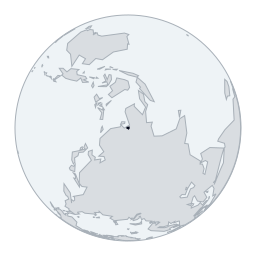 globe centered on Bắc Giang, rotated 189°
{"feature_id": "VNM-470", "entity_name": "Bắc Giang", "entity_type": "Province", "adm_level": 1, "iso_a3": "VNM", "parent_name": "Vietnam", "parent_adm1": "", "projection": "orthographic", "projection_center": [106.489, 21.384], "detail": "fine", "context": "on_globe", "style": "filled", "palette": "ink", "viewbox_px": 256, "rotation_deg": 189, "n_neighbors": 0, "source": "natural_earth", "source_scale": "10m", "svg_char_len": 10750}
<svg xmlns="http://www.w3.org/2000/svg" viewBox="0 0 256 256"><g transform="rotate(189 128 128)"><circle cx="128" cy="128" r="113" fill="#eef3f6" stroke="#a8b0b8"/><path d="M231.8,168.2L231.6,168.9L231.5,169.1L231.8,168.2ZM182.9,29.6L179.8,28.3L180.6,30.7L184.5,33.6L180.8,31.6L190.7,39.0L193.5,43.2L188.1,37.3L185.8,35.8L186.5,37.8L184.3,36.8L183.4,37.4L180.7,36.1L177.7,33.1L175.9,32.3L176.6,33.8L174.3,33.8L173.6,31.6L169.5,31.4L163.7,27.0L164.1,23.4L158.7,21.2L153.1,18.3L151.3,18.0L148.1,17.2L144.8,16.7L144.7,16.6L142.2,16.3L143.0,16.5L142.1,16.5L140.3,16.3L139.8,16.1L140.7,16.1L139.6,16.0L140.1,16.0L138.8,15.9L138.6,15.9L147.8,17.1L157.0,19.1L165.9,21.9L174.5,25.4L182.9,29.6ZM137.7,15.8L136.1,15.7L133.5,15.5L137.7,15.8ZM233.4,88.4L232.7,86.5L232.8,86.8L233.4,88.4ZM232.4,85.8L232.6,86.4L232.5,86.0L232.4,85.8ZM232.4,85.9L232.5,86.1L232.4,85.9ZM232.5,86.3L232.4,86.0L232.5,86.3ZM232.3,86.2L232.2,86.1L232.0,85.6L232.3,86.2ZM186.2,31.6L185.4,31.1L184.1,30.3L184.9,30.8L186.2,31.6ZM187.9,36.2L187.2,35.1L188.6,36.5L187.9,36.2ZM183.8,37.7L184.7,38.4L183.8,38.4L183.8,37.7ZM178.9,36.5L177.3,36.5L178.4,36.0L178.9,36.5ZM176.0,36.1L172.0,36.5L173.7,37.9L166.8,34.3L172.4,35.0L173.6,34.1L174.2,35.3L176.0,36.1ZM144.0,16.7L143.1,16.4L145.6,16.9L144.0,16.7ZM145.8,17.0L154.4,18.8L154.7,19.3L151.8,18.5L153.6,19.5L149.5,18.7L147.6,18.0L148.2,17.8L146.2,17.8L145.8,17.0ZM163.6,32.4L162.2,32.2L163.1,31.9L163.6,32.4ZM142.0,16.6L143.7,16.8L144.1,17.2L140.7,16.8L141.7,16.8L142.0,16.6ZM156.1,20.2L155.8,20.5L152.4,20.0L151.8,20.1L149.4,18.8L156.1,20.2ZM140.7,16.6L139.0,16.6L137.2,16.3L140.3,16.4L140.7,16.6ZM145.6,17.5L144.5,17.4L145.6,17.5ZM129.6,15.7L131.6,15.7L132.0,15.9L129.6,15.7ZM138.6,16.7L139.2,16.8L139.6,16.9L138.2,16.9L138.6,16.7ZM147.2,18.6L145.9,18.4L148.0,19.1L145.6,18.9L144.4,18.1L143.9,18.3L143.2,18.3L143.0,17.8L147.2,18.6ZM137.9,17.4L135.6,16.6L131.7,16.3L131.2,16.1L137.5,16.6L137.9,17.4ZM140.9,17.6L138.9,17.4L139.4,17.1L141.0,17.1L140.9,17.6ZM144.3,19.1L148.4,19.6L148.5,19.8L144.3,19.1ZM136.7,17.3L137.2,17.5L136.3,17.3L136.7,17.3ZM141.9,18.5L143.3,18.6L143.4,18.8L141.9,18.5ZM137.2,17.9L136.5,17.6L137.6,17.6L137.2,17.9ZM139.3,18.2L139.1,18.5L138.4,17.7L139.9,18.2L139.3,18.2ZM141.7,18.7L142.3,18.8L141.1,18.6L141.7,18.7ZM133.5,18.4L132.4,17.5L134.8,17.3L135.6,18.2L133.5,18.4ZM40.2,57.4L39.1,60.4L38.3,61.9L34.9,66.0L30.8,76.7L33.7,74.2L33.6,81.8L35.8,84.5L42.9,76.5L39.3,71.8L42.3,66.7L48.0,66.7L51.6,71.5L52.9,69.7L53.6,63.5L57.4,61.7L54.2,61.2L53.2,63.5L51.2,63.4L51.9,61.4L53.2,60.7L53.0,58.8L46.6,62.9L45.0,65.7L42.5,63.6L39.6,68.2L37.8,69.2L42.1,61.8L44.0,59.8L49.5,51.2L47.3,53.0L42.0,61.4L42.3,60.2L39.2,63.2L41.8,59.9L48.2,50.8L48.0,49.4L43.3,53.7L52.3,44.6L50.9,46.0L53.5,43.9L58.6,39.5L57.3,40.8L59.0,39.5L58.3,40.6L61.8,39.1L61.8,40.1L67.4,36.8L68.2,37.1L64.6,38.8L62.1,40.8L62.6,44.0L63.9,43.8L67.6,41.6L67.2,43.0L70.7,40.4L73.1,41.6L73.1,38.2L77.4,36.0L81.2,35.5L82.6,34.3L76.4,35.2L74.0,36.2L71.9,37.9L65.2,40.7L64.1,40.3L71.1,35.4L70.3,34.5L76.1,31.6L89.2,30.2L92.4,31.4L88.7,37.7L85.5,38.4L85.2,36.4L81.5,40.2L83.7,38.9L83.4,40.2L87.5,38.9L87.5,39.8L91.3,37.2L91.8,38.1L89.3,39.8L95.7,39.1L97.7,41.0L99.2,40.5L100.1,39.4L102.1,42.8L103.1,42.2L102.8,40.9L104.6,39.1L108.4,37.3L108.9,38.6L107.6,39.4L105.5,43.2L101.9,45.4L102.5,45.8L105.8,44.2L108.3,39.5L110.5,38.1L109.7,40.2L110.2,39.3L111.4,39.0L113.1,40.0L114.1,37.8L127.1,34.3L131.7,36.2L129.6,38.3L139.2,38.3L143.5,41.2L143.3,39.9L147.7,39.4L146.4,38.5L146.6,37.8L157.3,37.1L160.2,38.2L164.5,37.0L164.4,36.4L162.5,35.5L166.8,34.3L173.7,37.9L173.6,39.0L178.0,40.8L177.3,43.3L178.7,46.4L175.4,48.5L176.9,51.1L178.4,51.5L181.5,55.6L182.5,63.0L174.9,54.9L172.0,45.0L172.6,48.6L170.4,47.3L169.4,48.4L170.0,51.3L171.3,51.9L161.8,55.2L159.2,63.2L164.3,63.0L167.5,65.7L168.9,76.3L159.1,90.4L163.2,95.5L163.4,98.7L159.8,100.6L159.4,95.8L155.7,94.0L156.0,91.2L150.0,93.1L150.2,89.2L145.5,92.9L147.2,96.1L152.5,95.6L148.2,100.8L153.5,106.6L154.0,113.3L145.0,124.7L135.9,127.9L135.3,130.0L131.7,127.3L126.9,131.2L133.4,143.5L133.2,147.0L125.4,152.9L125.3,150.4L115.8,143.4L113.9,151.4L121.1,158.7L123.6,166.7L118.0,163.8L115.5,156.7L112.2,154.1L113.2,147.1L110.5,136.2L104.9,137.6L105.5,133.4L101.0,124.0L93.0,125.6L80.2,134.7L78.3,145.3L74.0,149.1L69.1,132.2L69.6,121.6L66.1,121.7L62.5,111.3L51.3,106.7L51.2,103.6L48.8,104.0L46.5,99.8L46.9,95.0L44.8,94.2L44.0,107.0L46.5,108.0L50.6,105.0L49.7,109.2L52.2,114.2L44.1,121.5L30.1,123.2L31.2,115.1L33.5,90.0L34.9,87.9L35.0,87.7L35.2,87.2L32.8,90.2L34.1,85.6L30.1,102.0L28.3,108.5L29.8,123.6L29.1,124.4L30.3,128.0L37.3,129.0L36.8,131.5L32.0,141.5L24.4,152.4L26.9,164.0L28.8,172.9L27.4,175.6L30.8,183.1L30.5,183.8L32.7,187.7L34.2,190.4L30.1,183.7L26.4,176.7L23.2,169.4L20.6,162.0L18.5,154.3L16.9,146.6L15.9,138.7L15.4,130.8L15.5,122.9L16.1,115.0L17.3,107.2L19.0,99.5L21.3,91.9L24.1,84.5L27.4,77.3L31.2,70.4L35.5,63.7L40.2,57.4ZM52.9,81.6L56.8,84.5L59.5,77.8L61.2,78.5L61.5,76.1L59.7,77.3L61.0,71.1L64.3,70.7L66.1,68.2L64.9,67.2L58.7,69.0L56.7,77.7L53.9,79.4L52.9,81.6ZM69.2,32.4L67.5,33.6L65.6,34.6L65.7,34.2L68.4,32.6L69.2,32.4ZM65.5,35.1L72.5,30.9L72.7,31.3L71.4,31.7L70.9,32.4L68.6,33.4L62.1,38.2L60.0,39.5L61.2,37.5L62.0,37.3L63.6,36.0L65.5,35.1ZM89.8,22.4L92.8,21.4L89.4,23.4L87.0,24.2L86.9,23.6L89.7,22.4L89.8,22.4ZM128.8,15.4L131.6,15.5L137.9,15.9L137.9,16.1L136.2,16.2L134.7,16.1L135.2,15.9L132.8,15.9L132.4,15.7L130.5,15.7L123.4,15.5L124.6,15.4L124.0,15.4L128.8,15.4ZM113.4,16.3L113.1,16.5L115.3,16.1L115.9,16.2L113.9,16.4L117.2,16.1L117.1,16.3L120.7,16.5L125.6,16.3L127.1,16.6L125.1,16.7L127.9,16.9L125.2,17.4L126.2,17.7L124.4,18.6L120.1,19.0L121.5,19.3L120.3,20.2L116.7,20.8L117.8,19.9L113.0,21.3L112.6,20.5L112.0,20.7L110.3,20.4L107.2,20.5L107.5,20.1L106.2,20.3L105.0,20.3L103.3,20.5L103.2,19.9L101.1,20.3L102.3,19.8L98.7,20.6L101.4,19.8L100.1,19.8L98.2,20.6L102.0,18.4L113.4,16.3ZM132.9,18.7L127.8,19.0L125.1,18.8L129.2,17.3L128.7,17.0L131.3,16.4L135.3,16.8L134.2,16.9L134.0,17.1L132.8,16.9L133.7,17.3L132.2,17.5L132.4,17.9L130.7,17.8L132.9,18.7ZM39.6,61.0L39.4,61.8L39.5,62.5L37.6,64.6L39.6,61.0ZM43.8,54.8L43.9,55.0L41.3,58.0L41.5,57.3L43.8,54.8ZM46.3,52.7L44.2,54.8L45.4,53.3L46.3,52.7ZM65.0,39.0L65.4,39.3L64.5,39.9L63.3,40.5L65.0,39.0ZM102.3,26.0L103.4,25.2L104.1,25.2L107.9,24.0L108.5,24.8L106.5,25.7L102.3,26.0ZM41.0,77.2L39.1,78.1L39.3,76.8L39.9,76.7L41.0,77.2ZM37.3,71.0L37.0,73.5L36.7,71.5L37.3,71.0ZM103.6,26.6L105.1,25.9L104.5,26.7L103.6,26.6ZM109.2,25.2L108.9,26.0L109.1,24.7L109.2,25.2ZM82.6,228.2L85.0,229.4L83.5,229.1L82.6,228.2ZM37.9,177.7L40.1,191.2L37.5,189.5L34.8,184.5L32.5,175.8L34.8,175.0L35.3,171.6L37.9,177.7ZM152.0,185.0L155.4,185.4L155.2,185.8L152.0,185.0ZM148.5,183.4L152.4,183.5L147.8,184.4L148.5,183.4ZM153.9,183.5L157.8,182.6L159.5,181.8L159.2,182.8L153.9,183.5ZM145.8,183.4L131.5,182.8L125.8,181.3L127.1,179.6L136.3,180.5L145.8,183.4ZM126.7,179.5L118.0,174.0L106.2,158.1L110.4,158.8L122.8,168.8L122.0,170.3L127.3,174.6L126.7,179.5ZM147.7,171.1L146.9,175.7L138.9,175.2L135.3,174.3L132.8,168.3L134.2,165.3L137.2,165.5L148.6,155.4L152.6,158.0L149.1,162.4L152.4,166.4L147.7,171.1ZM78.8,146.4L81.0,153.2L78.6,153.8L78.8,146.4ZM153.3,148.1L148.7,152.7L152.9,146.6L153.3,148.1ZM155.8,142.3L156.1,144.6L154.2,142.4L155.8,142.3ZM135.2,133.2L132.0,133.6L132.0,131.9L135.9,130.5L135.2,133.2ZM154.4,119.0L154.3,124.0L153.7,125.7L152.3,122.7L154.4,119.0ZM111.4,33.8L105.4,34.5L101.5,35.9L100.0,37.9L99.5,35.5L105.5,33.3L111.4,33.8ZM125.1,34.0L126.4,32.5L127.6,33.2L127.4,33.6L125.1,34.0ZM124.7,33.0L123.0,31.2L124.9,30.5L125.8,32.0L124.7,33.0ZM113.1,28.3L111.3,28.4L111.8,27.7L113.1,28.3ZM205.5,209.6L205.8,209.5L202.5,212.4L198.5,215.8L195.6,217.9L205.5,209.6ZM180.0,223.2L180.9,220.9L184.8,219.8L182.3,222.3L180.0,223.2ZM208.2,206.9L211.1,203.8L213.2,200.8L211.7,203.2L212.8,202.2L206.4,208.9L208.2,206.9ZM168.3,214.6L146.4,221.2L141.8,220.5L143.4,218.2L140.1,210.8L141.6,211.0L141.1,205.7L154.3,200.8L163.9,191.4L170.7,191.6L176.2,184.5L183.1,184.4L180.8,189.8L187.6,192.4L193.1,180.1L196.3,191.9L200.7,195.2L200.8,202.1L189.6,215.4L184.0,218.6L183.4,217.8L181.0,219.3L177.8,219.4L176.9,216.1L174.5,217.5L177.2,214.4L173.5,217.3L172.2,215.1L168.3,214.6ZM217.3,184.8L218.0,184.8L218.9,186.2L217.7,186.4L217.3,184.8ZM229.8,172.0L229.8,172.7L229.1,173.5L229.8,172.0ZM231.5,169.1L230.7,170.1L231.8,168.2L231.5,169.1ZM222.5,176.0L222.8,176.6L222.4,177.0L222.5,176.0ZM222.2,175.9L222.8,174.5L222.6,175.7L222.2,175.9ZM218.9,170.7L219.4,169.9L219.6,170.3L218.9,170.7ZM160.4,185.3L165.1,181.7L167.7,181.3L160.4,185.3ZM218.2,169.6L216.9,169.8L217.0,169.1L218.2,169.6ZM218.4,167.9L218.3,167.0L219.0,169.0L218.4,167.9ZM215.9,166.5L217.5,167.8L215.7,166.8L215.9,166.5ZM214.9,167.0L213.7,166.6L213.8,166.2L214.9,167.0ZM200.6,171.3L205.2,176.2L201.4,176.8L197.1,173.9L193.6,177.7L185.6,178.1L187.5,175.8L186.5,172.7L178.1,172.2L176.4,170.2L179.5,168.6L173.9,167.2L180.0,165.9L182.5,170.0L185.9,166.3L191.8,166.6L197.3,167.3L201.7,169.9L200.6,171.3ZM179.9,175.4L181.0,175.3L180.0,176.7L179.9,175.4ZM211.4,164.8L213.1,166.4L212.9,167.0L212.0,166.9L211.4,164.8ZM202.7,169.0L207.5,164.6L208.6,164.4L205.4,169.0L202.7,169.0ZM206.4,162.4L208.6,162.5L209.7,164.3L209.2,165.0L206.4,162.4ZM167.4,172.1L167.2,173.3L165.5,172.5L167.4,172.1ZM169.5,171.3L174.3,172.4L169.0,172.4L169.5,171.3ZM154.7,167.5L156.1,170.3L160.7,168.4L157.2,171.1L160.2,175.8L159.2,177.6L156.1,172.5L155.0,177.8L153.0,177.7L151.9,173.2L154.0,167.7L156.0,165.4L164.2,164.3L154.7,167.5ZM169.5,167.8L168.2,164.5L169.1,162.2L170.6,163.9L169.5,167.8ZM164.3,156.5L160.9,152.6L157.7,154.1L164.0,148.5L166.3,153.2L164.3,156.5ZM161.3,147.8L158.4,149.2L161.4,146.0L161.3,147.8ZM157.6,147.9L157.3,145.1L159.6,145.5L157.6,147.9ZM162.8,147.9L163.3,143.2L164.5,145.9L162.8,147.9ZM156.2,138.9L161.2,143.4L154.7,141.5L154.3,132.5L157.0,132.2L156.2,138.9ZM170.3,102.3L169.5,99.7L172.0,99.1L171.8,101.0L170.3,102.3ZM179.2,95.6L172.4,98.1L166.8,100.5L168.6,101.7L167.6,106.0L164.7,102.0L168.4,97.2L172.7,96.2L173.1,92.7L176.1,90.2L175.1,85.8L176.3,83.9L178.6,87.7L179.2,95.6ZM174.5,84.0L173.8,76.5L178.5,77.5L179.7,79.3L178.0,82.3L175.6,81.6L174.5,84.0ZM175.0,75.1L172.7,74.4L166.8,64.0L166.7,62.1L173.7,70.1L171.9,69.9L172.5,72.5L175.0,75.1ZM162.7,32.8L162.2,32.2L163.5,32.8L162.7,32.8ZM145.7,37.3L146.2,36.5L147.6,37.0L145.7,37.3ZM148.3,34.8L146.4,34.7L148.2,34.2L148.3,34.8ZM142.1,34.8L145.5,34.4L142.5,35.6L142.1,34.8Z" fill="#d9dde1" stroke="#a8b0b8" stroke-width="1"/><path d="M129.1,128.0L128.9,128.1L128.9,128.3L128.7,128.4L128.1,128.4L127.9,128.3L127.7,128.4L127.6,128.5L127.6,128.4L127.3,128.4L127.2,128.3L127.0,128.2L127.1,127.9L127.2,127.6L127.3,127.5L127.4,127.8L127.5,127.8L127.8,127.9L128.0,127.9L128.1,127.7L128.3,127.6L128.5,127.7L128.8,127.8L129.0,127.9L129.0,128.0L129.1,128.0Z" fill="#0f172a" stroke="#020617" stroke-width="1.5"/></g></svg>